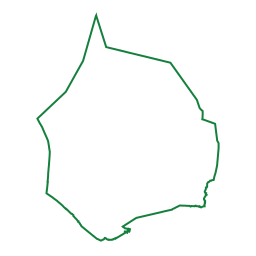 the district of Tepoztlán, Morelos, Mexico
{"feature_id": "50627088B16515599651569", "entity_name": "Tepoztlán", "entity_type": "district", "adm_level": 2, "iso_a3": "MEX", "parent_name": "Mexico", "parent_adm1": "Morelos", "projection": "robinson", "projection_center": [-99.113, 18.993], "detail": "fine", "context": "isolated", "style": "outline", "palette": "green", "viewbox_px": 256, "rotation_deg": 0, "n_neighbors": 0, "source": "geoboundaries", "source_scale": "gbopen_adm2", "svg_char_len": 4748}
<svg xmlns="http://www.w3.org/2000/svg" viewBox="0 0 256 256"><path d="M46.5,193.3L47.2,193.8L47.6,194.1L47.8,194.2L48.0,194.4L48.4,194.6L49.0,195.0L49.6,195.4L49.6,195.5L50.1,195.8L50.7,196.2L51.2,196.5L51.8,196.9L51.9,197.0L52.3,197.3L52.5,197.4L53.3,198.0L53.6,198.3L54.0,198.6L54.7,199.1L55.4,199.6L55.8,199.9L56.2,200.2L57.2,200.9L57.5,201.3L58.7,202.3L59.8,203.2L61.2,204.4L62.3,205.4L63.2,206.3L63.4,206.5L63.6,206.8L63.9,207.1L64.2,207.4L64.5,207.7L64.9,207.9L64.9,208.0L65.0,208.1L65.4,208.5L65.7,208.8L65.9,208.6L66.1,208.7L66.6,209.2L66.7,209.4L66.8,209.4L66.9,209.5L67.0,209.6L67.2,209.8L67.5,210.1L67.8,210.4L68.1,210.6L68.2,210.8L68.4,210.9L68.8,211.4L69.2,211.8L69.9,212.4L70.1,212.6L70.2,212.8L70.7,213.2L71.2,213.7L71.4,213.6L71.5,213.6L71.8,213.7L72.0,213.8L72.8,214.6L73.4,215.1L73.4,215.4L73.3,215.7L73.3,215.9L73.4,216.0L73.5,216.2L73.9,216.6L74.2,216.9L74.6,217.3L74.8,217.5L75.2,218.0L75.5,218.3L75.8,218.6L76.0,218.8L76.3,219.1L76.9,219.8L77.3,220.2L77.4,220.5L77.7,220.8L77.8,221.0L78.0,221.1L78.4,221.2L78.4,221.3L78.3,221.6L78.5,221.6L78.6,221.8L78.8,222.1L79.0,222.4L79.1,222.6L79.3,222.8L79.5,223.0L79.7,223.3L79.8,223.5L80.0,223.7L80.0,223.8L80.0,224.0L80.4,224.5L80.8,224.9L80.8,225.0L81.1,225.6L81.3,225.9L81.5,226.3L82.1,226.7L83.4,227.8L84.8,229.0L96.9,238.8L97.0,238.8L97.3,238.9L97.4,239.0L98.2,239.3L98.4,239.4L99.2,239.8L99.3,239.9L99.7,240.1L99.9,240.2L100.0,240.2L100.3,240.3L101.0,240.6L101.3,240.5L101.5,240.4L102.2,240.0L102.6,239.8L102.8,239.8L103.8,239.3L104.0,239.1L104.1,238.9L104.3,238.6L104.6,238.2L104.8,237.9L105.0,237.9L105.5,238.1L106.0,238.4L106.0,238.6L106.7,239.1L107.2,239.3L107.7,239.6L107.8,239.5L108.4,239.5L108.4,239.8L108.5,239.9L109.1,239.9L109.6,239.9L110.5,239.8L111.6,239.7L111.7,239.8L111.9,239.8L112.0,239.7L112.7,239.6L112.7,239.4L113.7,238.9L114.7,238.5L115.2,238.3L115.7,238.1L115.7,238.5L124.9,233.0L124.8,232.3L124.8,231.5L124.9,231.0L125.0,230.7L125.2,232.0L126.4,232.5L127.0,232.7L127.1,231.5L127.8,231.6L127.8,230.6L127.6,230.2L127.1,229.8L127.6,230.1L129.4,231.5L129.5,231.3L129.6,230.5L129.8,229.8L130.0,229.2L129.3,229.0L128.8,228.9L128.4,228.7L128.2,228.6L127.8,228.7L127.2,228.8L126.8,228.7L125.0,228.3L124.6,227.9L123.7,227.4L123.2,227.0L122.8,226.7L122.7,226.6L136.3,217.9L157.0,213.1L161.3,212.1L161.5,212.0L162.5,211.8L164.5,211.3L169.5,210.2L172.1,209.6L172.3,209.3L172.5,209.1L174.9,208.0L176.5,207.1L177.5,206.7L178.6,206.1L179.7,205.5L179.8,205.5L182.3,205.6L183.2,205.7L184.1,205.7L184.4,205.7L185.4,205.7L186.3,205.8L187.3,205.8L188.0,205.9L188.5,205.9L189.0,205.9L189.3,205.9L189.7,205.9L190.2,206.4L190.4,206.5L190.8,206.5L191.3,206.0L193.8,206.2L194.2,206.1L194.4,206.2L194.5,206.1L194.9,205.9L195.0,205.9L195.2,206.1L195.3,206.1L195.5,205.9L195.7,205.7L195.8,205.7L195.9,205.8L196.0,205.8L196.2,206.0L196.3,206.1L196.5,206.1L196.8,206.2L197.2,206.2L197.4,206.2L197.9,206.3L198.2,206.3L198.5,206.3L198.8,206.5L199.0,206.7L199.3,206.4L199.6,206.2L199.7,206.3L199.9,206.5L200.0,206.7L200.1,206.8L200.2,207.0L200.4,207.1L200.5,207.1L200.8,207.3L201.1,207.4L201.3,207.3L201.5,207.2L201.8,207.0L202.2,206.8L202.6,206.7L203.0,206.6L203.4,206.3L203.7,206.2L203.8,206.2L204.0,206.2L204.3,206.3L204.6,206.3L204.6,205.8L204.6,205.4L204.5,204.9L204.4,204.6L204.6,204.3L204.7,203.8L204.8,203.3L204.8,203.2L204.9,203.3L205.0,203.3L205.2,201.9L205.1,201.3L205.1,201.0L205.1,200.8L204.5,200.0L204.4,200.1L204.0,199.5L204.0,198.8L204.0,198.7L204.1,198.2L204.4,197.7L204.7,197.2L204.8,197.0L205.0,196.8L205.4,196.2L205.6,195.4L206.6,194.8L205.7,193.8L206.1,193.1L205.0,192.5L204.8,192.1L204.8,191.2L205.0,191.0L205.3,190.3L205.4,190.2L205.8,189.3L205.9,187.5L206.8,187.4L207.2,186.1L207.1,185.0L207.2,183.5L208.2,182.1L209.2,181.8L210.2,180.6L211.3,180.7L211.9,180.2L213.6,180.0L213.9,178.9L214.4,176.4L215.5,173.0L216.1,170.2L216.9,166.4L217.1,165.3L217.7,158.6L218.6,148.3L218.6,143.2L217.2,140.6L215.1,123.8L203.2,119.5L202.3,119.3L202.5,118.1L202.7,114.1L202.6,110.9L201.4,110.0L199.6,108.0L196.9,99.9L170.4,62.7L127.5,52.3L126.8,52.1L106.2,47.1L96.3,15.9L96.2,15.4L95.9,16.0L83.1,60.8L65.8,91.8L37.4,118.6L39.6,122.9L41.4,125.9L42.1,127.1L44.0,131.6L46.8,137.9L47.1,138.6L47.6,139.9L47.7,140.1L47.9,140.4L48.0,140.9L48.2,141.6L48.2,141.8L48.3,142.1L48.3,142.3L48.4,142.8L48.9,145.9L49.1,147.5L49.2,148.3L49.3,148.5L49.5,150.0L49.5,150.3L49.7,151.3L49.8,151.6L49.7,153.3L49.7,154.5L49.4,158.8L49.3,160.2L49.1,162.6L49.1,162.8L49.1,163.4L49.0,163.9L49.0,164.3L49.0,164.5L48.7,167.5L48.3,172.1L48.2,173.0L48.1,175.7L47.8,179.7L47.5,181.9L47.7,182.0L47.8,182.0L47.6,183.5L47.6,183.8L47.5,184.3L47.3,186.4L47.3,186.6L47.1,188.4L46.9,189.5L46.8,190.9L46.7,191.0L46.7,191.3L46.7,191.6L46.5,192.9L46.5,193.0L46.5,193.3Z" fill="none" stroke="#15803d" stroke-width="2"/></svg>